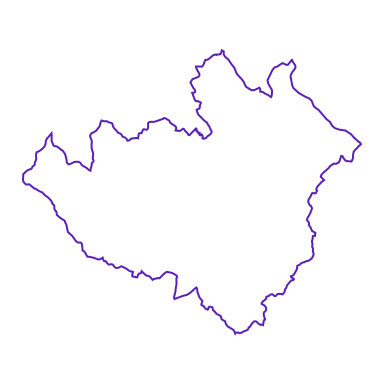 Mai Son, Son La, Vietnam
{"feature_id": "81297802B85756054610964", "entity_name": "Mai Son", "entity_type": "district", "adm_level": 2, "iso_a3": "VNM", "parent_name": "Vietnam", "parent_adm1": "Son La", "projection": "natural_earth1", "projection_center": [103.999, 21.168], "detail": "fine", "context": "isolated", "style": "outline", "palette": "violet", "viewbox_px": 384, "rotation_deg": 0, "n_neighbors": 0, "source": "geoboundaries", "source_scale": "gbopen_adm2", "svg_char_len": 5949}
<svg xmlns="http://www.w3.org/2000/svg" viewBox="0 0 384 384"><path d="M292.7,61.7L292.1,59.9L291.7,60.0L287.9,64.8L286.5,64.9L282.5,63.1L276.7,66.8L274.5,67.4L272.5,69.9L267.5,80.2L268.2,83.4L272.0,90.2L272.1,91.1L271.7,95.4L271.3,96.8L271.0,97.1L267.7,94.7L266.1,94.2L262.6,91.9L260.3,91.7L260.2,89.2L259.4,87.7L254.7,89.9L252.2,90.3L250.9,89.9L246.1,86.8L245.1,85.2L244.0,82.3L241.6,79.0L238.2,75.5L236.6,73.4L234.3,67.7L231.4,64.1L228.1,59.2L224.8,56.5L223.6,53.9L223.8,51.6L221.9,50.3L220.5,54.2L216.9,54.6L216.4,55.0L215.8,54.4L213.1,55.3L208.7,59.0L207.0,59.8L205.2,60.1L203.5,64.6L202.1,66.6L196.1,66.5L196.1,67.7L196.4,68.5L199.3,73.8L199.5,74.8L199.3,75.7L198.4,76.8L192.4,79.3L190.5,82.2L190.4,82.5L193.2,87.8L194.7,89.6L195.2,90.7L195.0,92.1L194.7,92.5L192.2,92.8L194.6,99.3L195.9,101.2L198.1,101.2L200.6,102.4L200.9,102.9L199.8,105.6L199.7,108.0L199.1,108.7L197.1,109.4L196.6,109.9L197.5,112.8L198.5,114.8L204.8,121.1L206.9,122.5L208.2,125.1L209.1,126.1L210.7,129.8L211.6,131.3L211.6,132.5L210.5,134.2L207.6,136.2L205.9,138.0L204.4,138.6L203.3,138.7L202.4,138.3L202.8,136.7L202.3,135.1L201.5,134.4L200.4,135.4L199.7,135.1L199.4,134.7L199.7,133.6L199.6,132.8L198.4,133.0L197.7,132.7L197.6,131.2L196.8,131.2L196.3,130.8L196.5,128.6L195.9,128.5L195.5,128.9L189.5,135.1L188.6,135.1L187.1,132.7L185.3,131.1L184.0,129.1L183.1,128.7L179.8,131.0L175.6,130.4L176.1,129.5L176.2,127.8L176.1,127.3L174.9,125.9L170.2,122.8L169.3,120.7L165.4,118.3L164.0,118.0L163.0,118.9L155.3,121.5L153.2,122.0L151.9,121.7L149.2,122.1L148.4,122.7L148.1,123.4L148.1,127.8L147.7,128.9L146.7,129.8L143.7,129.2L142.7,130.3L141.5,133.2L139.3,133.2L138.7,134.1L138.1,138.3L136.7,138.0L132.4,138.4L130.9,138.8L130.0,139.8L128.4,140.6L127.4,140.7L126.8,139.2L125.5,137.8L122.5,136.6L121.9,135.1L120.4,133.7L118.5,133.0L114.4,128.5L112.9,126.4L112.6,124.1L111.9,123.2L108.1,122.0L106.8,121.2L104.2,121.3L101.5,120.5L100.8,122.0L99.5,126.5L98.5,127.8L95.6,131.2L91.2,133.5L90.3,135.1L90.2,136.9L91.9,141.2L91.5,144.8L91.6,147.4L91.8,148.9L93.2,153.5L92.7,158.7L93.6,160.7L93.2,161.9L92.2,162.6L91.7,163.8L91.7,165.2L90.7,168.9L90.5,170.7L88.7,169.9L86.8,168.1L81.9,165.2L80.4,162.9L78.6,161.8L74.8,161.8L70.6,163.8L68.6,164.4L66.7,162.4L66.7,160.4L65.1,154.1L62.6,150.5L61.4,150.1L59.6,148.4L57.0,146.5L54.3,146.0L53.5,145.4L51.6,140.9L51.7,135.5L51.5,133.3L48.4,137.1L46.7,138.7L46.5,139.9L45.8,140.9L45.6,143.8L44.8,145.9L43.6,147.6L41.2,149.7L39.1,151.2L36.7,152.2L36.0,154.3L36.2,158.9L35.9,160.3L34.8,162.8L34.7,164.8L32.5,166.7L32.0,167.9L31.0,169.0L29.0,169.6L26.8,170.8L23.3,174.1L23.0,180.5L23.7,182.1L25.8,184.4L27.3,184.6L28.8,184.2L29.7,184.6L34.0,188.3L35.8,189.0L39.7,191.4L41.7,192.1L43.5,193.6L44.0,194.5L48.2,197.6L50.5,199.9L52.0,202.2L52.2,203.3L54.3,205.6L54.3,208.5L55.0,210.3L56.4,211.6L56.8,214.9L60.5,218.1L64.7,220.7L65.3,222.6L66.3,224.4L67.7,231.2L68.1,232.3L72.1,235.7L75.5,240.6L77.1,242.2L78.1,242.5L80.7,242.5L82.0,244.1L82.6,250.6L84.4,251.5L87.4,256.7L89.3,256.8L93.9,257.8L98.0,259.4L99.8,259.4L102.7,257.7L103.1,259.5L103.8,260.7L104.3,261.2L105.9,261.2L106.8,262.7L108.4,264.4L109.2,264.6L111.8,264.2L113.0,264.9L115.2,267.6L116.8,268.0L119.5,267.4L120.7,266.5L121.7,266.3L126.2,268.6L128.6,270.4L130.5,271.4L132.8,271.7L133.1,272.0L132.3,274.2L132.2,276.1L132.6,276.5L134.8,276.8L136.2,277.4L137.2,277.3L138.3,274.3L138.8,273.7L140.8,273.3L141.6,271.2L146.0,275.4L148.9,276.1L150.0,276.8L152.6,279.9L153.8,279.0L156.9,278.4L157.5,278.0L159.5,278.3L163.6,274.1L166.7,271.8L171.6,272.8L173.9,273.9L176.7,275.6L177.1,276.8L176.6,277.6L176.4,279.3L176.5,284.8L176.0,286.4L175.4,291.7L174.1,296.8L174.2,298.3L174.5,299.0L182.8,295.9L187.2,294.8L191.0,292.1L195.3,288.2L196.4,287.5L197.0,288.4L197.5,292.1L199.5,297.5L202.4,301.1L201.3,304.4L201.6,305.3L203.3,305.7L205.4,308.6L207.6,309.6L208.2,309.2L208.5,307.5L208.9,307.0L210.4,306.7L211.9,307.0L212.6,307.8L213.0,310.1L214.6,311.5L216.6,313.9L220.8,316.1L221.5,318.9L222.8,320.1L225.0,321.1L226.0,324.2L227.8,326.5L232.7,329.4L233.9,330.5L235.2,333.7L236.2,332.5L238.2,332.6L239.6,333.2L241.2,332.8L243.3,331.6L247.3,330.0L248.3,329.0L248.6,327.6L250.2,326.5L251.4,324.2L253.8,321.6L254.7,321.3L255.7,321.3L256.7,321.9L257.9,323.2L260.5,324.9L262.0,324.6L263.1,325.1L263.6,321.6L264.1,320.1L264.9,319.8L265.1,319.3L264.0,316.2L263.7,313.3L264.2,312.1L265.7,310.9L266.3,308.0L264.5,305.5L261.6,303.9L261.6,303.1L263.2,301.2L265.9,299.1L266.4,296.8L268.5,296.1L270.5,294.5L272.4,294.3L274.6,296.1L275.5,296.1L277.2,294.3L278.5,293.9L281.2,294.0L282.6,294.4L282.9,294.1L284.4,292.1L285.2,289.0L286.2,288.0L287.1,285.2L291.1,280.5L293.2,280.1L293.9,279.3L293.8,278.9L291.2,277.2L290.9,276.3L293.3,275.3L294.5,273.5L296.9,269.3L297.3,265.8L299.8,264.6L301.7,262.9L304.5,262.1L306.4,261.1L307.7,261.0L309.3,260.3L311.9,258.2L312.9,256.4L313.7,254.0L312.8,251.1L313.0,249.1L312.8,247.7L312.1,246.7L312.5,244.4L311.9,241.3L312.7,238.5L312.8,236.1L313.1,235.9L315.0,235.9L315.3,232.7L312.2,231.1L310.4,227.1L309.1,225.6L308.9,224.8L309.1,222.8L306.9,220.0L307.8,217.2L308.8,215.9L310.2,213.2L311.9,208.8L311.9,207.9L310.8,205.7L310.1,205.5L309.4,204.7L308.3,202.1L308.2,200.9L308.9,199.0L309.9,197.7L312.1,193.2L313.6,193.0L314.4,193.4L315.6,193.2L316.2,192.6L316.6,191.4L317.1,190.7L316.4,190.0L316.3,189.0L317.1,187.0L321.4,182.1L324.1,180.2L320.8,176.8L321.3,175.0L323.1,172.9L328.8,167.9L330.1,166.1L333.5,163.8L335.0,163.6L336.0,163.9L338.7,162.5L339.4,161.4L341.2,156.0L342.5,156.2L343.3,157.8L345.0,160.1L346.2,161.0L351.4,161.5L352.5,159.6L353.1,157.4L352.9,155.8L353.7,151.7L355.1,149.9L357.4,147.8L357.9,146.9L361.0,144.2L360.5,143.1L357.5,140.8L353.8,137.4L351.0,134.2L345.4,130.5L339.6,129.7L335.0,128.2L332.3,125.9L329.9,121.9L326.3,119.0L318.5,109.8L315.6,107.9L313.8,106.2L311.5,100.5L308.6,98.0L306.3,97.3L298.8,93.0L293.4,88.1L292.3,85.7L290.6,76.9L290.8,75.0L292.5,71.8L295.0,68.5L295.4,67.7L295.4,66.1L295.0,65.0L292.7,61.7Z" fill="none" stroke="#5b21b6" stroke-width="2"/></svg>